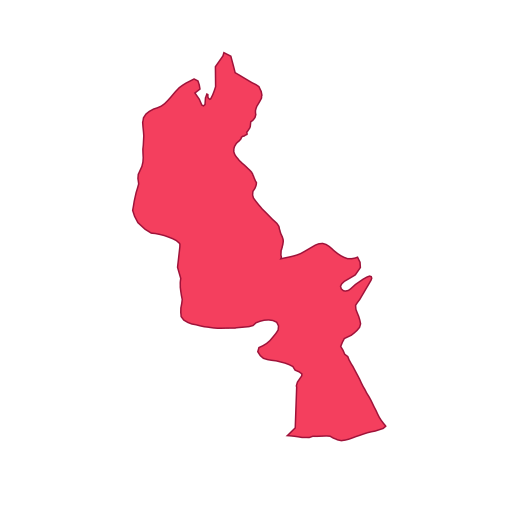 the district of Kuhlan Afar, Hajjah, Yemen, rotated 342°
{"feature_id": "15242507B42632084566957", "entity_name": "Kuhlan Afar", "entity_type": "district", "adm_level": 2, "iso_a3": "YEM", "parent_name": "Yemen", "parent_adm1": "Hajjah", "projection": "mercator", "projection_center": [43.707, 15.758], "detail": "fine", "context": "isolated", "style": "filled", "palette": "rose", "viewbox_px": 512, "rotation_deg": 342, "n_neighbors": 0, "source": "geoboundaries", "source_scale": "gbopen_adm2", "svg_char_len": 6037}
<svg xmlns="http://www.w3.org/2000/svg" viewBox="0 0 512 512"><g transform="rotate(342 256 256)"><path d="M156.8,166.9L155.0,170.4L152.8,174.5L152.8,180.7L154.0,187.8L158.7,196.2L163.4,201.8L164.2,202.2L167.2,203.5L171.1,205.7L175.1,208.2L178.7,211.0L179.8,211.9L182.0,213.7L185.0,216.7L187.1,220.2L187.3,221.2L186.4,223.8L177.9,242.5L177.5,254.1L176.2,256.8L175.7,258.0L174.7,261.3L174.4,262.1L173.6,266.1L172.9,270.3L172.4,274.6L170.6,278.4L168.5,282.2L167.0,286.5L166.7,288.0L166.1,290.5L167.5,294.6L170.6,298.1L173.9,300.8L177.8,302.9L181.2,305.1L184.8,307.2L189.0,309.1L189.7,309.5L193.0,311.1L193.4,311.3L197.3,312.9L201.4,314.2L205.8,315.5L209.9,316.8L213.9,318.1L214.8,318.1L227.5,321.0L231.7,321.2L235.4,319.5L239.7,319.3L244.0,319.6L248.3,320.7L252.2,322.6L255.2,325.4L255.6,327.9L255.8,329.5L254.2,333.2L251.0,335.8L246.8,338.5L243.1,340.8L239.0,342.5L234.7,343.5L230.5,344.0L228.3,347.3L228.1,347.6L229.3,352.1L231.4,355.6L235.0,358.1L238.6,360.0L242.7,361.9L243.7,362.5L246.7,364.4L250.5,366.8L254.0,369.6L256.9,372.5L257.9,376.6L261.4,379.7L263.2,382.3L262.5,384.1L256.5,388.7L255.5,390.1L254.2,392.1L254.2,393.2L240.2,431.6L231.6,435.9L230.3,436.5L233.2,437.7L236.6,439.2L240.1,440.9L243.7,442.8L247.1,443.9L250.6,445.1L254.3,445.0L258.1,446.3L267.4,448.9L270.8,450.3L273.2,453.0L275.4,454.8L276.7,456.0L280.1,458.0L283.3,458.5L283.6,458.6L287.6,458.9L291.5,458.8L295.3,458.6L299.3,458.6L303.2,458.5L307.3,458.5L311.3,458.8L315.2,459.3L319.3,459.3L322.9,459.3L323.6,459.3L326.8,458.0L326.8,457.8L325.5,454.5L324.3,451.1L323.4,447.6L322.8,443.8L322.4,440.2L321.7,436.1L321.2,432.3L320.7,428.7L319.9,424.5L319.1,421.4L318.9,420.6L318.3,416.8L318.3,416.7L317.5,413.1L316.9,409.2L316.5,405.5L315.9,401.9L315.2,398.0L314.6,394.6L314.5,394.0L314.0,391.0L313.3,388.3L313.2,388.0L313.1,387.3L312.4,383.5L312.2,380.0L310.0,376.9L309.6,372.5L308.6,368.2L311.7,364.5L313.8,362.5L314.4,361.8L318.2,361.3L322.1,360.8L325.7,359.5L329.2,357.9L332.4,355.9L334.5,352.8L334.9,349.1L335.0,345.2L334.7,341.3L334.5,337.7L335.4,333.9L335.9,333.3L338.3,331.4L341.2,329.4L344.0,326.9L347.2,324.1L350.1,321.5L353.3,318.7L357.9,314.6L359.2,312.9L359.2,311.2L357.8,310.2L355.0,310.3L350.5,311.2L341.8,313.8L335.8,316.5L333.2,317.3L330.2,317.0L328.7,316.2L328.3,315.9L326.9,313.6L327.0,312.2L327.0,310.9L329.0,308.9L332.2,307.4L337.3,306.3L340.0,305.7L344.4,304.7L345.6,303.9L346.6,303.1L348.6,301.6L351.7,299.2L353.0,294.1L352.2,288.5L349.7,288.6L346.1,288.1L342.2,286.8L339.3,284.5L336.8,282.0L336.4,281.5L334.4,279.0L332.4,276.0L331.4,274.4L330.4,272.5L328.6,269.6L326.2,266.7L323.2,264.6L319.4,263.8L317.5,263.9L315.8,264.0L311.6,264.9L307.0,265.9L303.3,266.7L299.2,267.5L295.6,267.7L294.9,267.7L291.9,267.6L290.2,267.5L287.9,267.3L278.7,266.3L279.2,265.8L279.7,265.1L279.9,264.1L279.9,263.3L280.0,262.9L280.1,262.3L280.3,262.0L280.5,261.3L280.7,261.0L280.9,260.3L281.2,259.8L281.2,259.3L281.5,258.8L281.7,258.4L281.9,258.1L282.2,257.8L282.4,257.4L282.7,257.2L282.9,256.7L283.3,256.2L283.6,255.8L283.7,255.5L283.9,255.1L284.2,254.7L284.4,254.3L284.7,253.9L285.0,253.6L285.1,253.0L285.4,252.6L285.7,252.1L286.0,251.4L286.2,251.0L286.4,250.6L286.5,250.2L286.6,249.7L286.8,249.3L286.8,248.9L286.9,248.3L286.9,247.8L286.9,247.2L286.9,246.8L286.9,246.1L286.9,245.4L286.7,244.6L286.7,243.9L286.6,243.3L286.5,242.7L286.5,242.3L286.5,241.5L286.5,241.1L286.5,240.5L286.5,240.0L286.6,239.4L286.6,238.8L286.6,238.3L286.6,237.9L286.6,237.3L286.7,236.9L286.7,236.3L286.9,235.8L286.9,235.6L286.8,234.4L285.9,231.4L282.9,226.1L279.3,218.8L276.2,212.8L276.1,212.5L275.5,210.9L274.4,208.3L272.7,203.8L271.5,200.1L271.6,197.0L273.0,193.6L275.9,191.3L277.1,189.9L278.2,188.4L279.1,186.4L278.9,185.4L278.6,184.5L278.6,183.8L278.3,180.7L278.3,180.2L278.3,179.7L278.3,179.2L278.2,178.9L278.1,178.3L278.1,177.5L278.1,176.7L277.9,176.2L277.8,175.6L277.7,174.9L277.5,174.6L277.3,174.1L277.2,173.7L276.9,173.3L276.6,172.5L276.4,172.3L276.3,171.9L275.9,171.3L275.5,170.5L275.3,170.2L275.1,169.9L274.9,169.3L274.6,168.9L274.3,168.3L274.1,167.8L273.6,167.1L273.4,166.6L273.1,166.0L272.7,165.5L272.3,164.8L272.1,164.5L271.9,164.1L271.4,163.4L271.2,163.1L271.1,162.7L270.8,162.2L270.6,161.8L270.3,161.3L270.0,160.9L269.8,160.2L269.6,159.9L269.4,159.5L269.2,159.2L269.2,158.9L269.0,158.3L268.7,157.5L268.4,156.8L268.2,156.5L268.1,156.2L268.0,155.8L267.7,155.1L267.6,154.7L267.4,153.9L267.2,153.2L267.2,152.9L267.1,152.0L267.1,151.3L267.1,150.8L267.1,150.2L267.1,149.8L267.3,149.2L267.6,148.7L267.6,148.3L267.9,147.7L268.1,147.3L268.4,146.7L268.6,146.4L268.9,146.0L268.9,145.9L269.3,145.4L269.6,145.0L270.2,144.5L270.5,144.2L270.8,144.0L271.2,143.6L271.5,143.3L272.0,143.0L272.3,142.7L272.7,142.5L273.3,142.3L274.0,141.9L274.4,141.8L274.8,141.5L275.2,141.5L275.8,141.2L276.6,140.6L276.8,140.6L277.2,140.5L277.5,140.1L278.1,139.7L278.3,139.3L278.6,139.0L278.7,138.7L279.3,138.5L280.2,138.0L281.1,138.2L282.1,138.2L283.0,137.8L285.0,137.6L285.4,136.5L285.4,135.4L286.6,134.7L288.0,133.6L289.4,132.5L290.5,131.2L292.0,127.8L292.5,126.7L294.7,126.1L296.6,124.9L297.9,123.9L298.8,122.5L299.5,121.5L299.7,119.9L300.4,117.6L301.6,115.7L303.1,113.8L304.4,112.7L306.8,110.6L307.8,109.7L308.7,108.8L309.8,107.8L310.3,106.9L310.6,105.9L311.3,104.9L311.8,101.0L311.6,99.9L311.1,95.8L308.8,92.9L305.7,89.9L292.8,75.2L293.3,67.7L293.8,58.2L293.5,57.9L288.3,52.7L286.4,55.5L275.9,63.4L269.9,82.5L267.2,86.2L264.5,89.5L261.4,92.6L260.4,92.7L259.6,91.3L259.3,90.3L260.1,87.6L259.3,86.8L257.5,89.2L256.8,90.0L254.3,96.2L252.4,97.0L251.1,95.7L250.5,89.4L248.3,82.1L254.3,79.9L254.9,75.8L254.9,71.6L251.8,68.5L247.5,69.2L243.0,69.9L239.0,70.9L235.0,72.2L231.3,74.2L230.2,74.8L227.6,76.4L223.9,78.7L220.1,80.9L216.2,82.9L212.2,84.2L208.0,84.6L204.0,84.6L199.2,85.5L195.2,87.0L191.7,89.8L190.5,92.2L189.5,93.9L188.4,98.4L187.4,103.0L186.4,107.1L184.7,111.5L183.1,115.7L181.4,119.5L180.2,123.6L179.1,127.7L177.5,131.7L175.2,135.5L170.1,141.1L169.3,141.9L167.7,145.7L166.7,151.2L164.1,155.1L161.7,158.5L159.5,162.2L157.1,166.3L156.8,166.9Z" fill="#f43f5e" stroke="#9f1239" stroke-width="1.5"/></g></svg>